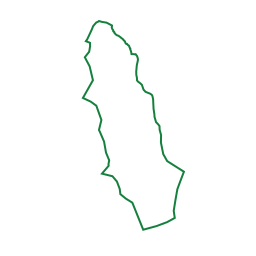 the district of Irepodun, Osun, Nigeria, rotated 134°
{"feature_id": "59680162B77368104900520", "entity_name": "Irepodun", "entity_type": "district", "adm_level": 2, "iso_a3": "NGA", "parent_name": "Nigeria", "parent_adm1": "Osun", "projection": "albers", "projection_center": [4.504, 7.901], "detail": "fine", "context": "isolated", "style": "outline", "palette": "green", "viewbox_px": 256, "rotation_deg": 134, "n_neighbors": 0, "source": "geoboundaries", "source_scale": "gbopen_adm2", "svg_char_len": 1608}
<svg xmlns="http://www.w3.org/2000/svg" viewBox="0 0 256 256"><g transform="rotate(134 128 128)"><path d="M120.6,57.4L124.6,76.8L122.3,84.5L115.6,94.2L110.1,99.3L107.3,104.0L104.8,106.6L104.4,108.7L104.3,111.9L101.6,116.6L99.7,118.7L96.4,123.0L89.8,130.0L88.0,132.7L87.6,134.1L88.0,136.1L89.8,140.5L89.6,143.5L87.3,148.0L87.3,150.0L87.7,153.4L87.4,154.7L86.0,156.1L85.1,157.3L84.2,158.7L81.8,161.2L76.7,165.3L73.4,167.3L71.7,168.5L70.7,170.0L69.9,171.7L69.8,173.1L69.6,173.8L70.3,174.3L71.0,175.3L71.8,176.1L72.0,176.4L72.4,176.8L71.9,177.5L71.5,178.0L70.8,179.0L69.6,181.5L69.2,181.6L69.0,182.7L68.2,184.3L68.1,184.5L68.4,185.5L68.3,185.9L68.3,186.2L68.3,186.5L68.2,186.9L68.2,187.2L68.7,187.6L68.7,188.3L68.6,188.9L68.4,189.4L67.9,190.2L67.9,190.9L67.7,191.3L67.9,191.8L67.6,194.0L67.9,194.9L67.9,196.5L68.2,198.0L68.2,198.7L69.0,200.5L69.2,202.1L69.0,203.4L69.0,204.0L68.6,204.3L68.5,204.6L68.7,205.7L68.3,206.0L68.1,206.3L68.0,206.5L68.0,207.1L67.8,207.3L67.8,207.7L67.6,208.3L66.9,209.7L66.1,210.1L65.4,210.7L67.1,216.6L69.8,220.5L71.2,223.2L71.8,223.2L72.7,223.5L74.1,224.1L76.7,224.0L79.1,223.8L81.9,222.6L89.7,219.9L92.7,218.9L94.8,218.6L93.1,214.5L95.6,212.0L100.1,208.9L107.1,208.2L110.3,198.4L118.0,186.4L137.7,181.3L134.9,173.0L134.1,167.0L133.9,166.4L140.7,152.7L149.6,147.5L150.4,145.3L154.4,135.8L161.0,126.7L164.3,119.1L167.6,116.9L168.6,115.7L178.9,115.0L173.5,105.7L174.2,98.8L177.6,91.6L180.9,87.5L180.3,80.5L178.7,73.0L190.6,46.4L178.8,39.4L168.6,34.5L160.2,31.9L155.8,37.6L146.9,43.8L137.7,50.0L130.4,53.2L125.3,55.4L120.6,57.4Z" fill="none" stroke="#15803d" stroke-width="2"/></g></svg>